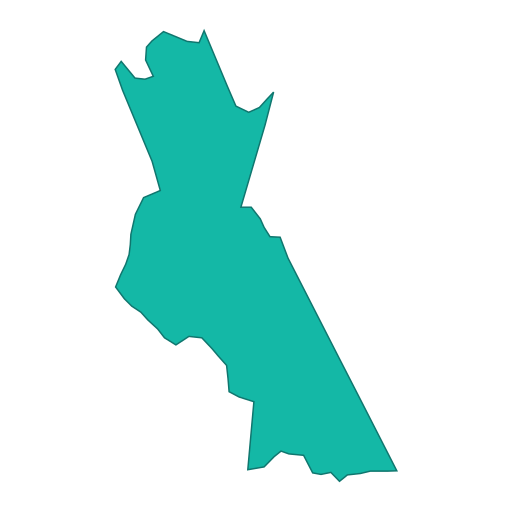 outline of Belém de Maria, Pernambuco, Brazil
{"feature_id": "56859067B86605110153500", "entity_name": "Belém de Maria", "entity_type": "district", "adm_level": 2, "iso_a3": "BRA", "parent_name": "Brazil", "parent_adm1": "Pernambuco", "projection": "albers", "projection_center": [-35.819, -8.601], "detail": "fine", "context": "isolated", "style": "filled", "palette": "teal", "viewbox_px": 512, "rotation_deg": 0, "n_neighbors": 0, "source": "geoboundaries", "source_scale": "gbopen_adm2", "svg_char_len": 980}
<svg xmlns="http://www.w3.org/2000/svg" viewBox="0 0 512 512"><path d="M280.1,237.2L270.0,236.7L264.1,227.4L260.3,218.9L251.2,207.2L240.9,207.2L265.0,125.2L273.6,92.1L267.3,98.8L259.4,107.5L248.7,112.3L235.9,106.1L227.1,85.7L204.1,30.7L199.1,42.7L187.1,41.4L163.5,31.6L152.0,40.9L146.5,47.1L145.6,60.0L153.3,76.3L145.0,79.2L135.0,78.1L121.2,61.4L115.2,69.4L122.6,90.3L144.5,143.0L152.1,161.3L160.3,190.5L143.6,197.6L135.4,214.3L130.9,234.3L130.3,244.7L129.1,254.5L125.7,264.3L120.6,274.8L115.6,287.0L124.4,298.8L131.8,306.2L140.9,312.2L147.9,320.0L157.6,328.9L164.5,337.8L175.9,344.9L188.9,336.4L201.8,337.8L211.9,348.5L218.5,356.3L226.6,365.4L228.0,378.3L229.1,391.7L239.1,397.0L253.9,401.7L247.8,469.7L264.1,466.9L274.2,456.6L281.0,451.1L288.9,453.9L303.6,455.3L312.7,472.9L321.0,474.4L330.9,472.4L339.5,481.3L347.4,474.9L360.3,473.5L370.4,471.1L388.0,471.1L396.8,470.8L360.3,399.4L339.5,358.9L288.0,258.1L280.1,237.2Z" fill="#14b8a6" stroke="#0f766e" stroke-width="1.5"/></svg>